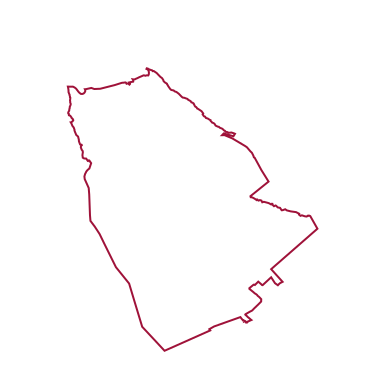 outline of Poiana, Galati, Romania, rotated 340°
{"feature_id": "2599482B29930611837827", "entity_name": "Poiana", "entity_type": "district", "adm_level": 2, "iso_a3": "ROU", "parent_name": "Romania", "parent_adm1": "Galati", "projection": "mercator", "projection_center": [27.265, 46.007], "detail": "fine", "context": "isolated", "style": "outline", "palette": "rose", "viewbox_px": 384, "rotation_deg": 340, "n_neighbors": 0, "source": "geoboundaries", "source_scale": "gbopen_adm2", "svg_char_len": 5100}
<svg xmlns="http://www.w3.org/2000/svg" viewBox="0 0 384 384"><g transform="rotate(340 192 192)"><path d="M111.9,331.8L161.8,328.3L161.4,326.8L162.1,326.7L166.8,325.9L194.7,326.1L195.1,327.5L195.6,328.9L196.0,330.1L196.5,330.0L196.8,330.4L197.1,330.9L197.2,331.1L197.5,331.3L197.2,331.6L197.3,331.6L197.5,331.8L197.8,331.9L198.0,332.3L198.1,332.9L198.5,332.8L198.6,333.1L198.9,333.5L200.3,332.8L200.6,332.9L200.8,332.8L202.5,332.7L204.0,332.6L203.5,331.8L203.2,331.2L202.8,330.5L202.6,330.2L202.4,329.8L202.1,329.3L201.9,329.0L201.7,328.7L201.4,328.0L201.0,327.1L200.6,326.4L200.2,325.7L200.2,325.3L200.7,325.1L201.4,325.0L202.9,324.7L203.7,324.6L204.5,324.4L204.9,324.4L205.8,324.2L207.0,324.1L208.1,323.9L210.1,322.9L211.6,322.2L213.1,321.6L213.8,321.2L214.4,321.0L215.7,320.4L217.2,319.7L219.5,318.6L220.4,316.4L219.2,313.6L218.2,312.0L217.9,310.9L217.2,309.8L216.3,308.7L215.4,307.0L214.2,305.0L212.8,302.7L213.0,302.0L217.8,300.3L218.6,300.2L219.3,300.9L223.6,298.9L225.1,301.6L225.8,302.9L226.0,303.4L226.5,303.7L237.2,299.2L238.8,306.1L240.8,309.0L242.4,308.2L243.4,307.8L244.1,307.7L244.6,307.6L244.9,307.6L246.4,307.4L240.0,291.6L244.3,289.9L297.3,269.4L294.9,255.1L293.8,254.1L292.9,254.2L292.6,253.9L291.4,254.3L290.4,253.8L289.7,253.4L287.3,251.5L285.8,251.5L284.8,249.8L285.3,249.1L282.9,246.5L278.2,244.0L274.8,241.7L273.7,240.1L270.9,240.1L270.0,239.8L269.3,237.0L267.3,235.8L266.3,233.6L265.8,233.2L264.2,233.4L263.4,231.8L263.5,230.6L263.1,230.4L262.5,230.9L262.0,230.7L260.7,229.1L259.9,228.4L256.2,225.8L254.5,225.7L254.3,223.8L253.0,222.8L251.7,222.9L251.2,222.4L250.9,221.4L250.5,221.2L249.9,221.6L248.5,219.6L246.8,217.7L245.4,217.0L245.5,215.9L267.5,208.4L264.7,195.1L263.8,189.0L262.6,181.2L262.0,180.6L262.1,178.8L261.7,175.6L260.8,173.8L258.9,168.7L257.6,166.9L248.2,155.4L242.0,149.7L239.7,148.9L241.9,147.8L245.7,150.6L250.0,153.8L252.3,152.0L251.8,151.5L249.4,149.6L247.8,149.2L247.1,149.0L246.3,148.5L245.6,147.7L244.7,147.2L244.0,146.7L243.9,145.8L243.2,145.1L243.0,144.8L242.5,143.6L241.9,142.7L240.1,141.1L239.5,139.9L238.7,139.5L236.9,137.7L236.5,135.7L235.9,134.7L234.6,133.6L234.4,132.7L234.0,132.1L233.8,131.5L234.0,130.8L233.4,130.3L231.9,128.3L230.4,127.2L230.1,125.7L229.4,125.2L228.9,124.3L228.8,123.4L228.5,122.8L228.9,122.3L229.4,122.0L228.6,119.3L226.0,115.8L225.4,115.3L225.3,114.4L224.9,113.5L224.4,113.1L224.0,111.9L224.0,111.0L223.7,110.0L223.9,109.5L223.7,109.2L223.0,108.2L222.1,107.6L221.8,106.2L220.9,105.1L219.9,104.0L219.6,103.0L218.1,101.8L217.1,100.9L215.6,100.1L215.0,99.2L214.4,97.9L213.2,95.2L211.6,92.7L210.1,91.5L209.5,90.3L207.4,89.0L206.7,87.6L205.8,84.2L205.7,83.1L205.4,82.4L205.5,81.7L205.4,81.5L203.9,79.6L203.2,78.0L203.3,76.8L202.8,74.8L202.6,74.4L201.7,73.1L200.4,70.2L199.5,68.1L197.4,65.2L196.4,65.0L196.1,64.0L195.1,63.3L193.0,61.5L192.8,61.0L191.8,60.3L191.6,60.5L191.3,60.8L191.8,61.3L192.0,61.5L192.3,61.9L192.4,62.2L192.6,62.5L192.6,63.1L192.6,63.8L192.5,64.3L192.4,64.9L192.0,65.9L191.8,66.4L191.2,67.1L190.8,67.5L190.1,67.2L189.4,66.9L187.9,66.8L187.2,66.2L186.3,65.8L185.2,65.9L183.7,66.0L181.5,66.1L180.0,66.3L178.9,66.4L178.0,66.4L177.1,66.6L175.7,66.3L174.8,65.8L174.9,66.5L175.0,67.0L174.7,67.9L174.5,68.2L172.4,67.8L170.8,67.6L171.2,68.3L171.0,68.7L170.7,69.3L169.9,69.7L169.4,68.8L169.2,68.3L168.2,67.9L167.5,67.9L167.4,67.5L167.4,67.0L167.3,66.6L167.1,66.4L166.8,66.2L166.2,66.1L164.8,65.8L163.9,65.5L163.1,65.4L156.0,65.1L141.1,63.6L135.4,61.8L133.0,59.8L129.3,59.3L127.5,59.1L126.5,58.8L126.6,59.7L126.0,61.0L124.9,61.9L123.7,62.4L122.2,62.3L121.0,61.7L119.9,59.8L119.4,58.4L118.5,55.4L117.7,54.0L116.5,52.6L116.0,52.2L115.5,52.1L115.1,51.9L113.9,51.5L111.4,50.5L111.2,51.9L110.9,53.5L110.6,54.6L110.5,54.8L110.3,55.5L110.1,56.1L110.2,56.6L110.1,57.2L110.1,57.7L110.3,58.5L110.0,59.3L110.0,59.9L110.0,60.2L110.0,60.4L109.9,60.8L109.8,61.1L109.7,61.3L109.9,61.8L109.6,62.5L109.2,63.3L108.7,64.2L108.5,65.3L108.1,66.4L108.2,67.3L108.1,67.9L107.7,68.6L107.0,69.4L106.4,70.0L106.1,70.4L105.9,71.2L105.2,72.0L104.7,73.0L104.4,73.6L103.4,74.4L103.0,74.9L102.7,75.3L102.6,75.7L102.9,76.3L103.0,76.6L102.6,77.3L102.6,77.8L103.7,78.7L103.9,79.5L104.2,80.5L104.3,80.9L104.2,81.2L104.4,81.6L104.6,82.1L104.9,82.5L104.9,83.1L105.0,83.6L105.0,83.9L104.8,84.2L104.3,84.4L103.8,84.8L103.2,84.9L102.7,85.1L102.3,85.2L101.9,85.1L102.0,85.6L102.1,86.2L102.2,87.5L102.2,88.4L102.3,89.2L102.6,90.0L102.9,90.9L102.9,92.0L102.9,93.2L102.6,94.0L102.6,95.7L102.7,97.4L102.7,98.7L103.5,100.2L103.9,101.0L103.7,102.6L103.6,103.9L103.1,105.7L103.1,107.9L103.1,109.0L104.4,109.8L104.5,110.3L103.4,110.9L102.8,112.0L102.8,113.3L102.8,114.5L103.1,115.5L103.3,116.1L103.0,117.4L102.5,118.3L102.1,119.0L101.6,120.0L101.4,121.1L101.1,122.4L102.1,123.6L104.0,124.4L104.7,127.1L105.6,127.0L105.8,127.6L106.3,127.5L106.4,128.1L106.5,128.1L107.1,130.4L103.6,134.8L101.4,135.6L99.7,136.6L98.7,137.6L97.7,138.5L96.2,140.6L95.6,143.2L95.8,145.8L96.3,152.9L94.6,159.1L88.2,178.9L86.7,184.4L88.8,191.3L90.8,199.9L91.9,210.5L94.8,236.6L101.6,256.5L100.6,274.1L99.1,301.6L105.5,316.7L111.9,331.8Z" fill="none" stroke="#9f1239" stroke-width="2"/></g></svg>